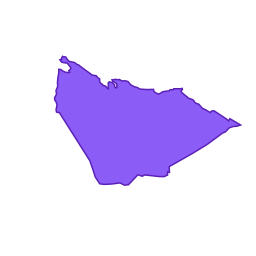 the district of Guerrou, Assaba, Mauritania, rotated 122°
{"feature_id": "47542326B49231245131640", "entity_name": "Guerrou", "entity_type": "district", "adm_level": 2, "iso_a3": "MRT", "parent_name": "Mauritania", "parent_adm1": "Assaba", "projection": "equal_earth", "projection_center": [-12.078, 16.876], "detail": "fine", "context": "isolated", "style": "filled", "palette": "violet", "viewbox_px": 256, "rotation_deg": 122, "n_neighbors": 0, "source": "geoboundaries", "source_scale": "gbopen_adm2", "svg_char_len": 1802}
<svg xmlns="http://www.w3.org/2000/svg" viewBox="0 0 256 256"><g transform="rotate(122 128 128)"><path d="M114.9,217.8L118.7,215.6L122.6,214.1L127.2,211.7L128.2,210.9L128.8,210.5L130.3,209.6L134.4,208.9L137.1,206.6L138.8,206.4L140.9,206.4L142.9,205.2L144.1,202.7L145.9,200.5L150.8,198.6L152.4,197.0L151.7,195.0L151.3,194.4L176.0,143.0L181.8,135.8L186.9,129.8L190.3,122.4L188.5,118.4L184.4,112.5L178.8,105.6L178.4,100.7L175.8,97.5L174.7,97.3L166.3,95.6L162.4,94.8L161.4,90.4L158.9,88.9L152.7,75.9L150.1,71.6L146.9,69.5L144.2,71.2L143.7,69.3L138.9,72.6L115.8,60.1L100.3,52.3L82.1,45.1L79.6,43.3L74.2,42.2L71.0,39.6L68.7,36.5L65.8,34.1L66.1,46.5L68.6,46.5L68.2,49.1L67.8,64.2L69.4,66.2L71.3,66.4L71.4,69.2L71.4,72.0L71.9,75.4L70.3,80.6L70.9,82.8L70.9,84.8L69.7,87.2L69.8,89.0L70.7,92.5L70.4,94.4L70.3,93.5L70.1,96.3L69.3,101.8L68.4,102.6L66.7,102.2L65.7,103.0L66.8,104.2L70.5,110.0L71.4,109.8L73.2,112.6L74.6,112.6L75.9,114.4L78.7,117.6L82.7,119.7L83.5,122.2L83.3,125.4L81.7,126.8L85.4,132.4L88.7,138.6L88.7,141.4L89.7,144.8L89.9,148.7L88.6,152.7L89.5,155.5L91.3,158.1L91.4,161.1L92.2,161.7L93.2,164.1L95.6,167.1L96.4,165.7L96.2,162.5L96.7,160.7L97.5,160.3L99.5,158.8L100.5,159.8L100.0,161.3L98.4,162.3L97.9,165.5L98.7,168.3L100.2,168.7L102.7,167.1L105.2,165.6L105.2,167.1L104.3,169.3L105.2,171.7L104.6,172.7L104.4,175.7L102.4,177.5L101.4,178.0L101.3,180.4L100.5,182.6L102.1,186.4L101.8,189.6L101.5,194.9L100.7,203.7L101.1,205.0L100.8,208.0L102.6,213.0L102.2,215.4L101.9,216.3L100.9,217.9L100.8,218.4L101.2,219.6L101.9,220.2L101.9,221.5L104.0,221.4L105.1,220.7L106.2,221.9L106.9,220.5L107.3,219.1L106.7,217.2L105.3,214.1L105.6,212.6L107.2,208.4L108.2,207.9L110.8,208.6L111.7,207.0L112.7,208.1L114.0,211.1L114.2,214.6L114.0,216.0L114.9,217.8Z" fill="#8b5cf6" stroke="#5b21b6" stroke-width="1.5"/></g></svg>